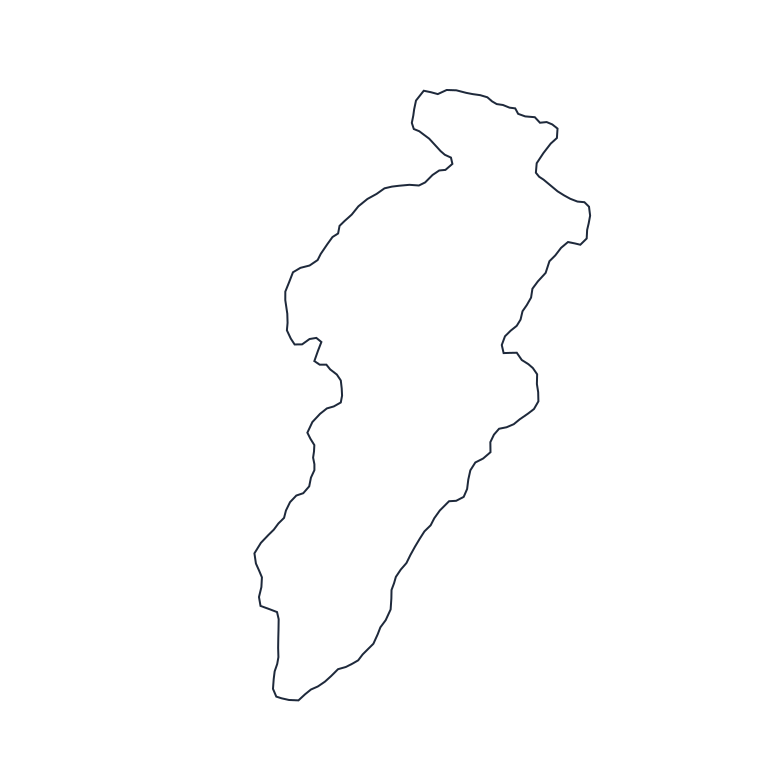 Espírito Santo do Dourado, Minas Gerais, Brazil (Equal Earth projection), rotated 221°
{"feature_id": "56859067B12687901957749", "entity_name": "Espírito Santo do Dourado", "entity_type": "district", "adm_level": 2, "iso_a3": "BRA", "parent_name": "Brazil", "parent_adm1": "Minas Gerais", "projection": "equal_earth", "projection_center": [-45.985, -21.998], "detail": "fine", "context": "isolated", "style": "outline", "palette": "slate", "viewbox_px": 768, "rotation_deg": 221, "n_neighbors": 0, "source": "geoboundaries", "source_scale": "gbopen_adm2", "svg_char_len": 2750}
<svg xmlns="http://www.w3.org/2000/svg" viewBox="0 0 768 768"><g transform="rotate(221 384 384)"><path d="M420.6,690.6L427.3,690.3L433.1,688.4L437.7,683.5L445.2,684.3L453.0,678.6L460.0,675.9L465.8,678.1L470.6,674.9L477.3,672.6L482.6,669.2L487.9,668.2L494.1,668.2L500.9,665.1L507.2,661.0L512.9,657.7L522.1,653.1L529.6,647.0L533.6,638.1L540.0,635.0L546.4,631.4L545.8,618.9L541.4,611.0L538.0,605.8L534.3,599.3L528.8,596.0L523.2,597.9L517.3,598.3L510.9,598.8L502.8,597.9L494.1,596.9L488.5,596.9L482.0,598.8L476.8,595.0L478.1,585.9L482.4,581.4L484.5,573.6L485.2,563.1L487.9,556.7L495.5,551.0L502.7,543.5L507.5,538.2L512.0,532.0L514.3,522.6L517.9,512.8L519.9,501.3L519.5,490.7L520.7,481.2L521.3,474.2L517.4,467.5L519.3,461.1L518.5,452.3L517.1,440.7L515.4,434.0L517.9,424.6L523.3,416.8L526.0,408.6L522.4,398.6L519.1,389.0L513.5,382.5L508.7,378.4L503.1,373.6L496.9,366.9L492.5,360.8L484.1,357.1L477.4,355.2L471.8,360.2L469.7,369.1L465.3,374.4L458.8,374.6L455.6,365.7L451.6,355.6L445.2,356.4L440.2,360.8L434.2,359.7L425.8,360.2L418.9,358.3L413.0,352.9L408.0,347.7L404.5,341.7L407.2,334.1L411.1,328.1L412.7,319.5L413.1,308.3L409.9,297.0L403.6,294.4L396.5,292.2L392.6,287.2L389.2,281.9L383.9,277.8L380.0,273.3L377.7,265.4L373.3,257.7L373.3,248.6L377.0,242.3L377.4,233.2L375.0,224.2L371.6,217.4L372.2,209.5L371.6,201.8L372.2,194.2L372.7,183.4L370.7,171.2L362.9,164.5L355.6,161.1L349.3,158.0L343.3,150.3L338.6,141.2L331.6,135.5L322.5,139.0L315.1,141.7L309.2,137.4L302.3,129.2L297.1,122.9L290.7,115.3L284.5,108.6L280.9,102.6L278.0,95.4L273.7,89.0L267.8,81.1L260.2,77.4L255.1,79.6L248.4,83.2L241.0,89.1L240.0,98.1L238.7,105.5L235.5,112.3L233.3,120.6L232.3,128.9L231.6,138.6L227.2,145.3L224.4,152.1L222.2,158.5L222.7,165.9L222.2,173.1L221.6,181.0L224.6,191.1L227.1,198.0L227.8,206.9L231.1,218.2L237.6,226.8L243.2,233.5L245.7,240.2L248.5,246.2L249.6,255.0L249.6,263.6L251.9,272.3L253.9,281.6L255.5,290.6L256.8,299.3L256.1,308.0L258.0,315.7L258.9,325.2L258.0,338.2L252.9,343.2L249.8,351.1L252.4,359.3L257.7,367.2L262.2,375.5L263.6,384.7L260.3,392.8L258.9,402.4L265.6,409.9L267.8,417.9L267.8,425.7L263.1,431.8L259.7,438.8L258.4,446.4L255.9,456.1L254.4,463.5L256.1,472.2L262.3,479.0L268.6,484.3L274.8,491.8L282.1,493.7L288.0,493.7L295.8,492.5L304.3,494.7L309.5,490.0L314.0,485.8L320.7,490.7L324.0,499.4L323.4,507.3L322.0,515.0L323.2,522.2L327.2,529.8L328.0,537.2L329.7,545.7L334.5,553.3L335.2,562.4L334.9,573.9L339.7,585.2L339.1,593.5L339.7,602.9L338.3,611.8L332.2,615.3L327.2,617.9L326.5,626.8L331.8,633.6L334.9,639.5L338.9,646.3L345.6,652.3L352.0,652.7L357.7,648.6L364.9,646.0L371.8,644.5L379.4,643.3L388.7,643.1L397.7,642.9L402.9,642.2L408.0,643.1L413.6,650.8L415.2,662.9L415.9,674.8L414.9,683.1L420.6,690.6Z" fill="none" stroke="#1e293b" stroke-width="2"/></g></svg>